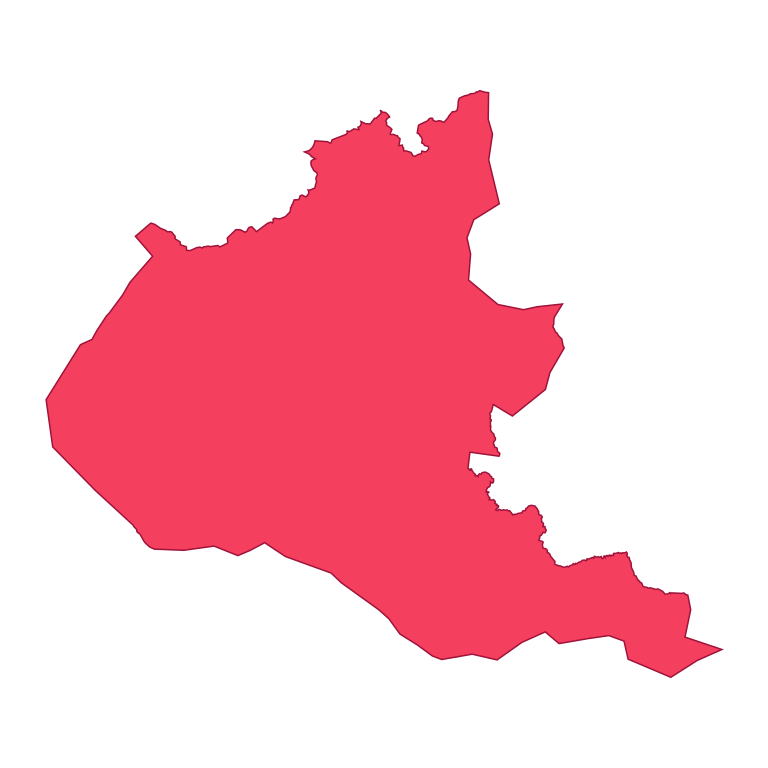 outline of Cecerleg, Hövsgöl, Mongolia
{"feature_id": "93677404B82623555846083", "entity_name": "Cecerleg", "entity_type": "district", "adm_level": 2, "iso_a3": "MNG", "parent_name": "Mongolia", "parent_adm1": "Hövsgöl", "projection": "albers", "projection_center": [98.091, 49.505], "detail": "fine", "context": "isolated", "style": "filled", "palette": "rose", "viewbox_px": 768, "rotation_deg": 0, "n_neighbors": 0, "source": "geoboundaries", "source_scale": "gbopen_adm2", "svg_char_len": 6114}
<svg xmlns="http://www.w3.org/2000/svg" viewBox="0 0 768 768"><path d="M46.1,399.7L52.7,446.9L95.4,490.5L133.3,525.3L133.7,526.5L136.6,529.4L136.9,531.5L137.5,532.4L139.9,534.0L144.0,541.3L145.6,543.3L149.7,547.0L154.3,549.1L183.7,550.3L214.1,546.1L237.9,555.6L250.1,550.4L264.7,542.7L285.4,556.5L331.2,573.1L341.1,582.6L379.1,610.0L389.0,618.9L400.0,634.1L417.1,644.8L432.4,656.0L441.7,659.5L472.2,654.2L497.1,659.9L522.0,642.3L545.2,631.9L559.1,643.6L587.4,638.7L608.9,635.6L624.0,641.1L628.1,659.2L670.8,677.3L697.3,660.4L721.9,649.5L685.0,637.1L690.7,609.7L687.8,595.1L685.3,594.5L685.0,593.7L683.6,592.9L681.9,593.4L671.7,592.9L670.9,593.6L670.0,592.6L667.8,593.9L665.1,594.2L662.7,591.4L658.0,588.9L655.9,589.4L650.2,587.8L648.2,588.2L646.8,587.2L645.2,587.2L643.1,586.4L641.5,582.8L640.0,582.4L639.6,581.1L638.5,580.7L638.1,579.8L637.6,579.7L636.1,576.1L634.2,575.3L633.7,572.3L631.4,567.4L631.1,562.9L629.6,559.6L629.2,557.5L628.3,557.5L626.8,555.5L626.6,555.1L627.2,554.5L627.2,553.1L626.3,552.0L625.1,552.8L622.6,552.8L621.9,553.5L620.7,552.9L619.5,553.4L618.5,552.5L615.4,553.5L613.8,553.3L613.4,553.8L613.5,555.0L613.2,555.6L611.6,555.2L610.4,556.1L610.0,555.2L609.2,555.1L608.0,556.3L606.9,555.4L605.5,556.5L605.4,557.2L604.7,556.1L604.1,556.0L603.8,556.2L604.0,557.3L602.5,558.6L601.9,558.3L601.2,556.5L599.6,557.4L598.3,556.7L596.6,557.2L594.5,556.3L594.0,556.8L593.9,557.9L593.6,558.2L592.2,557.5L588.8,559.1L587.3,558.7L586.7,559.3L586.7,560.3L585.9,560.8L584.9,560.1L582.3,560.3L581.1,561.6L578.4,562.4L577.1,563.7L575.6,563.3L575.1,564.3L574.6,564.5L573.3,563.6L572.4,564.8L569.6,565.9L568.5,566.9L567.0,566.2L565.8,567.0L563.7,567.3L560.0,565.8L558.4,565.9L557.9,565.3L555.4,564.7L554.7,563.9L555.0,561.6L550.4,556.0L550.0,554.3L548.3,552.7L547.4,552.6L547.3,550.5L546.9,549.7L545.6,548.6L543.5,548.4L542.9,547.9L542.4,544.4L543.2,542.2L542.4,541.4L539.0,540.5L538.7,539.9L539.8,538.0L539.6,536.1L541.1,535.4L543.3,532.3L545.0,532.8L546.1,530.8L546.0,529.6L545.1,528.1L544.9,526.5L542.9,526.6L543.4,525.1L543.4,523.6L543.0,522.8L541.7,521.9L541.4,518.5L542.3,517.4L542.2,516.7L541.1,515.3L539.0,514.7L538.7,513.7L538.8,511.9L537.1,508.7L535.1,506.1L531.4,505.3L528.7,506.0L527.2,507.8L525.8,508.7L525.5,510.4L522.5,511.1L522.0,512.8L518.1,513.4L516.3,514.3L514.1,514.3L512.9,515.0L509.7,510.7L508.4,510.9L507.3,509.9L505.5,510.3L503.5,509.7L502.0,510.4L499.0,509.3L498.5,509.5L497.9,510.6L496.0,510.2L495.8,509.7L498.4,507.0L498.6,506.0L497.7,505.3L496.0,505.7L496.8,505.1L496.8,504.3L494.9,503.4L495.3,501.5L493.6,499.6L491.8,500.2L490.4,499.6L489.1,499.7L489.9,497.9L488.6,496.6L487.3,493.9L488.8,492.2L487.6,491.6L486.2,492.0L486.4,489.9L487.7,487.5L489.0,487.0L490.1,485.9L490.2,484.0L490.8,483.2L490.5,481.9L492.6,483.0L493.3,482.3L493.6,481.2L493.6,478.9L491.9,478.3L491.7,477.0L490.1,475.6L488.9,473.8L485.4,472.1L482.1,472.6L481.0,474.3L479.5,473.8L478.1,475.5L478.0,476.6L476.9,475.6L475.2,475.8L475.3,474.3L474.3,473.6L472.0,470.5L471.5,468.9L470.5,469.0L470.4,470.2L470.1,470.4L468.0,468.3L469.9,452.2L499.0,456.2L499.5,455.2L499.8,453.4L497.5,451.3L497.2,448.4L496.4,447.6L494.8,447.3L494.1,444.8L493.6,444.2L493.4,442.4L495.3,439.9L495.5,438.2L494.3,436.3L493.7,433.9L492.0,432.4L490.8,430.5L490.5,429.3L490.8,426.5L490.1,426.0L490.6,425.4L490.3,421.6L491.2,421.0L491.1,419.6L490.2,419.1L490.5,415.5L489.8,414.4L489.8,413.4L490.0,412.7L490.9,412.3L491.7,410.7L493.2,404.5L512.4,416.0L545.4,389.5L549.9,372.6L564.2,348.0L563.0,345.4L561.8,339.0L558.6,335.8L556.8,332.8L555.6,332.1L554.0,328.5L552.8,327.0L553.7,324.1L554.0,318.6L554.7,316.6L562.5,304.0L537.4,306.7L523.5,309.7L497.9,304.5L468.5,280.0L470.6,254.0L467.0,237.8L473.8,219.7L499.3,203.8L488.7,159.8L492.5,134.1L488.2,119.3L488.6,92.6L485.4,92.3L479.7,90.7L477.4,92.1L476.5,91.8L474.7,93.4L470.7,93.7L467.8,95.2L464.9,95.7L459.8,97.9L459.0,98.8L458.3,101.0L457.9,106.5L457.0,110.5L455.1,111.5L452.3,111.8L448.8,116.1L447.8,118.0L444.0,122.3L440.9,121.0L438.6,120.7L436.4,121.5L433.3,120.6L432.6,118.4L430.7,118.1L428.8,119.1L427.6,120.8L419.1,124.8L418.4,125.6L417.2,133.1L419.4,134.3L420.0,135.9L421.0,136.5L422.3,139.7L421.7,142.9L423.6,143.8L424.5,145.5L428.1,146.4L428.8,148.4L427.0,151.0L425.6,151.9L421.8,151.1L421.5,153.2L420.7,153.9L418.5,154.3L415.3,156.1L413.1,156.0L411.5,153.1L410.7,152.3L406.4,151.0L403.7,150.8L403.6,148.1L402.7,147.2L402.4,145.1L399.1,145.6L398.8,145.3L399.7,141.7L400.0,138.6L398.2,137.4L397.4,135.6L396.3,135.7L393.6,134.4L390.5,134.5L390.3,133.3L391.9,129.4L390.5,127.9L386.5,125.1L386.7,123.2L385.8,120.5L387.7,118.1L389.6,117.1L389.3,116.3L386.6,113.3L385.2,112.4L382.7,112.2L380.2,110.1L381.2,112.2L380.8,113.6L376.1,118.4L374.5,118.2L370.9,123.2L370.0,124.0L365.5,123.7L360.9,121.5L361.4,123.6L360.0,126.2L359.2,126.9L358.0,127.1L359.0,129.6L353.8,128.9L349.6,131.6L347.1,131.0L347.1,133.6L345.6,134.6L332.1,139.8L330.9,142.9L329.9,143.1L327.7,141.7L315.0,140.8L314.2,144.0L313.4,145.9L311.5,148.6L308.9,150.7L304.5,151.9L309.5,154.2L311.5,156.6L315.4,158.8L313.0,159.6L311.2,161.0L310.9,162.2L311.2,165.6L313.9,170.7L316.6,172.5L317.3,174.1L317.4,175.0L316.3,176.8L315.9,178.4L316.5,182.3L315.6,184.3L315.0,187.9L309.9,190.1L308.1,190.0L308.7,191.2L308.7,193.0L308.3,194.1L306.5,196.5L305.4,196.8L302.7,195.3L301.4,195.2L300.1,196.0L298.9,199.6L294.1,199.9L292.7,204.0L291.9,204.9L291.2,207.1L290.4,207.9L290.6,209.2L290.0,211.9L285.3,216.7L280.2,218.7L277.9,218.9L274.7,218.1L273.0,219.2L273.3,220.8L272.6,223.0L270.8,222.1L267.7,223.2L256.5,231.6L252.1,227.0L251.2,226.8L249.0,227.5L248.3,228.3L246.8,231.3L244.5,232.4L244.3,231.8L240.1,229.7L235.9,229.7L227.3,238.0L227.8,242.6L227.4,243.2L220.0,246.9L217.7,245.5L210.5,246.6L208.2,246.1L203.2,247.0L202.1,248.0L199.9,247.1L196.8,247.6L190.1,250.6L186.9,250.4L186.5,250.2L186.4,247.1L186.0,246.6L180.5,244.8L180.1,241.9L175.5,239.1L175.1,238.4L175.1,236.3L171.9,232.3L170.6,231.6L167.5,231.8L165.6,230.4L160.3,228.2L155.0,224.5L151.4,223.2L150.6,223.3L135.4,236.3L152.6,256.2L129.9,282.4L122.6,295.0L108.9,313.5L106.6,315.7L97.1,330.2L91.9,339.5L80.5,344.6L46.1,399.7Z" fill="#f43f5e" stroke="#9f1239" stroke-width="1.5"/></svg>